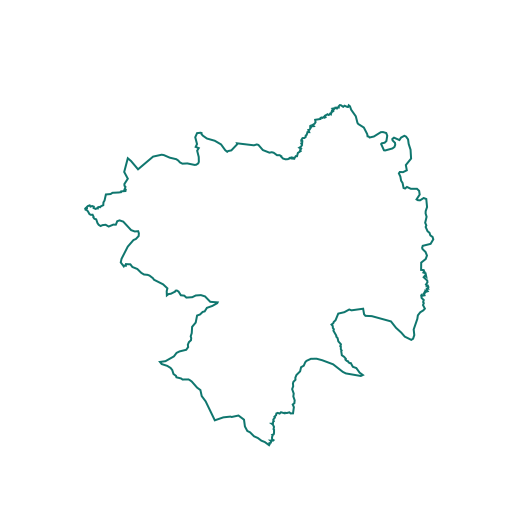 Shiwang'Andu, Muchinga, Zambia, rotated 110°
{"feature_id": "96606910B14962040673296", "entity_name": "Shiwang'Andu", "entity_type": "district", "adm_level": 2, "iso_a3": "ZMB", "parent_name": "Zambia", "parent_adm1": "Muchinga", "projection": "robinson", "projection_center": [31.599, -11.088], "detail": "fine", "context": "isolated", "style": "outline", "palette": "teal", "viewbox_px": 512, "rotation_deg": 110, "n_neighbors": 0, "source": "geoboundaries", "source_scale": "gbopen_adm2", "svg_char_len": 6067}
<svg xmlns="http://www.w3.org/2000/svg" viewBox="0 0 512 512"><g transform="rotate(110 256 256)"><path d="M429.3,179.0L428.1,178.8L427.3,179.4L426.3,178.2L424.8,178.4L424.5,179.2L423.7,176.9L423.1,176.6L422.9,178.1L420.7,179.0L418.8,179.0L418.5,179.5L417.5,178.4L416.3,178.5L413.1,179.6L412.7,180.3L410.5,180.6L408.6,182.5L408.2,183.9L407.7,182.8L405.3,183.3L405.1,182.9L403.7,183.8L401.4,183.0L400.8,183.7L398.7,182.7L397.0,183.0L396.0,181.9L396.0,179.9L394.3,179.1L394.0,175.2L393.4,175.1L393.0,173.3L391.5,171.2L392.1,169.6L391.2,167.4L385.1,168.7L383.0,170.7L381.2,169.6L378.4,170.3L375.2,172.9L372.4,173.5L368.7,176.5L365.7,176.5L363.1,177.7L361.4,177.8L358.8,176.6L356.9,177.4L354.0,177.3L349.3,175.1L345.1,175.6L342.7,173.6L339.0,173.4L337.3,172.7L333.8,169.2L331.8,163.9L331.3,158.2L331.4,146.5L335.2,134.8L335.6,131.4L332.9,116.5L331.3,114.9L330.2,118.7L327.0,123.4L327.0,127.1L324.2,130.3L324.6,131.3L324.3,132.7L323.5,133.3L323.5,134.9L322.8,136.5L321.9,136.4L320.6,138.7L319.9,141.4L316.2,143.4L315.5,143.2L314.6,144.4L311.9,145.4L311.8,146.0L309.9,146.0L308.1,149.4L305.2,151.3L304.4,152.9L303.3,153.4L299.7,157.7L298.2,157.8L297.3,159.2L295.6,159.9L294.6,161.6L292.8,160.4L291.4,160.4L289.2,159.3L282.0,159.0L278.6,153.8L274.4,150.1L274.4,147.7L268.9,137.3L273.8,134.5L274.8,132.7L272.9,126.6L271.3,106.8L275.6,99.9L278.3,93.3L280.9,88.6L281.7,81.4L280.0,80.1L276.2,80.2L271.1,82.7L259.9,82.9L256.4,83.6L252.7,82.4L249.9,80.2L247.7,79.3L245.0,82.3L242.9,82.2L242.1,83.2L240.0,83.3L238.8,86.0L236.5,87.3L235.7,86.9L236.5,86.2L235.3,84.2L233.8,85.4L232.4,85.2L232.7,84.6L232.0,84.3L230.8,84.8L231.0,83.4L230.4,82.6L229.4,84.1L228.3,84.4L227.9,83.0L227.2,83.6L226.3,83.3L225.1,84.4L225.8,85.5L224.7,85.9L224.6,86.5L222.0,85.9L220.5,86.7L218.6,91.2L216.6,90.5L217.1,89.0L214.2,90.8L214.3,92.5L213.7,92.3L213.7,92.9L213.1,92.6L211.9,93.6L212.6,96.1L205.7,98.5L200.8,95.5L197.1,95.5L194.2,98.1L192.6,101.8L191.5,102.7L189.4,102.8L184.9,96.1L179.7,95.1L177.7,96.6L177.0,99.2L174.8,101.0L174.1,103.2L170.7,106.5L169.0,106.4L166.9,108.4L160.8,109.1L158.0,111.2L155.8,111.9L151.5,112.0L144.2,115.5L144.2,118.3L147.6,120.9L148.2,123.1L147.9,124.5L142.3,123.2L139.0,125.0L137.8,127.7L139.9,133.4L139.5,137.8L141.6,139.0L141.6,140.6L137.3,143.2L135.6,145.4L132.0,147.5L129.5,150.0L127.9,149.6L126.9,146.5L123.9,143.6L119.3,146.3L111.4,143.6L103.3,147.1L98.4,150.9L94.4,153.0L92.5,155.8L92.3,157.7L95.1,160.2L98.0,160.9L97.6,166.8L99.3,167.9L100.0,167.7L100.7,167.1L102.1,164.1L103.9,163.2L106.2,163.2L108.3,164.6L112.7,170.8L112.9,171.9L108.0,176.7L107.1,176.4L105.6,173.9L103.4,172.8L98.1,173.8L95.9,175.7L96.1,179.0L96.9,181.0L103.4,186.1L105.8,189.8L105.2,191.1L105.4,192.1L103.4,193.2L98.4,198.6L97.0,205.0L96.2,206.2L90.6,210.0L86.0,216.6L83.2,218.9L82.7,220.4L84.4,220.4L84.7,221.1L84.5,224.2L86.0,225.1L85.3,227.7L85.5,228.8L87.1,229.5L88.2,229.0L89.0,231.0L89.7,229.6L89.8,232.0L91.3,234.4L91.9,233.1L92.8,233.9L93.5,233.0L94.1,233.4L93.8,234.3L96.6,234.1L96.2,234.6L96.8,235.1L97.9,235.1L98.7,236.2L98.3,237.2L100.6,239.2L101.8,238.1L102.7,239.1L102.4,240.1L103.6,240.9L103.5,241.9L104.3,242.6L105.2,242.3L107.8,247.0L109.9,245.8L111.7,246.2L113.3,247.5L114.2,246.1L115.4,248.6L114.8,249.1L115.2,249.5L116.5,249.1L116.8,248.4L119.0,248.9L119.7,249.9L121.4,248.4L122.0,250.0L124.8,249.8L125.8,250.5L127.0,250.0L128.6,250.9L129.3,252.6L131.6,253.1L132.1,252.9L131.7,252.3L132.0,251.8L134.4,251.2L134.8,251.9L135.9,250.7L137.9,251.1L139.4,252.3L139.8,250.3L141.5,250.8L142.1,249.9L144.8,251.9L148.2,251.6L148.6,252.8L150.8,253.3L151.0,254.8L151.7,254.0L152.2,255.9L151.6,256.6L152.4,257.3L151.6,258.3L152.8,257.7L154.1,259.2L155.0,261.2L155.2,263.9L154.0,266.4L153.6,266.4L153.2,268.2L154.1,270.7L152.9,274.7L153.1,276.7L154.3,278.7L154.1,285.8L150.8,291.7L150.9,293.4L152.7,295.8L156.6,312.4L157.2,311.8L165.2,315.3L166.9,318.1L167.9,318.7L167.1,321.1L163.1,327.0L161.8,334.2L162.4,342.3L161.1,347.1L160.1,348.9L159.1,349.2L159.1,350.2L160.7,353.4L165.2,353.7L171.0,349.7L174.1,350.0L174.2,346.7L177.2,347.3L182.5,343.7L187.1,341.9L188.8,342.0L190.7,343.4L191.4,344.8L192.5,352.2L194.4,356.7L194.1,359.4L192.9,361.7L192.3,364.0L193.1,370.7L192.7,377.1L193.1,379.3L197.8,386.7L214.9,396.5L209.5,405.9L208.0,409.9L222.1,408.6L227.2,402.9L233.4,404.3L235.0,403.6L235.7,402.3L238.6,402.3L238.3,401.1L239.6,400.9L241.4,404.8L242.2,404.7L243.3,406.8L245.7,412.5L247.5,413.8L249.5,418.1L255.7,417.3L257.8,417.7L260.5,416.9L262.3,418.7L263.5,419.2L263.5,420.2L264.4,421.2L265.4,420.9L265.8,422.2L266.6,422.7L266.5,425.0L265.1,425.3L265.1,427.1L266.2,428.4L265.3,429.6L266.6,431.1L267.8,431.7L268.7,431.3L269.0,432.3L269.9,432.7L270.8,432.0L270.7,430.7L271.6,429.1L273.6,426.8L273.8,425.2L273.1,423.7L274.6,422.1L275.3,422.1L276.3,420.5L276.2,418.7L279.3,416.2L280.5,414.5L281.0,412.3L279.5,410.8L278.1,408.0L278.7,404.5L275.3,400.8L274.5,398.4L270.8,398.3L269.2,396.4L269.1,392.5L274.4,382.2L274.4,378.3L273.0,375.2L274.8,373.8L277.4,373.1L281.1,374.7L282.9,376.6L291.0,379.7L304.6,381.4L308.3,380.9L311.0,376.7L310.0,376.5L309.7,375.0L308.1,375.4L306.8,371.2L308.6,368.4L308.8,363.1L311.1,358.0L311.7,354.9L310.8,351.5L310.8,349.4L312.1,345.3L313.2,343.7L314.4,333.6L316.7,328.2L319.6,327.9L323.5,326.3L321.7,325.2L320.6,323.1L317.1,319.8L316.1,319.7L315.5,318.6L315.9,316.6L318.6,313.2L317.8,309.9L318.9,307.2L316.5,301.8L313.7,299.1L311.6,294.4L311.4,290.1L314.7,283.3L312.7,276.2L313.6,276.3L317.9,280.0L321.5,284.4L325.6,285.3L326.8,287.0L330.1,288.6L332.1,291.0L339.2,289.9L344.4,291.8L350.5,290.0L353.8,289.9L355.3,288.8L357.4,288.3L359.9,289.6L362.7,289.7L364.8,288.6L368.0,289.5L371.8,295.2L374.2,297.5L378.4,298.8L385.8,305.1L388.4,310.0L389.8,307.7L389.6,301.8L390.4,298.0L391.8,295.7L395.1,293.2L396.0,290.2L397.2,289.3L396.7,284.5L397.2,282.8L395.1,277.3L395.2,276.1L395.9,273.5L399.8,266.4L401.0,262.4L406.2,259.1L409.8,253.6L424.5,238.5L418.8,231.5L415.7,225.2L415.6,223.8L411.9,217.9L413.9,211.3L420.0,208.1L423.4,204.3L423.7,201.3L426.1,196.2L426.4,192.0L427.7,187.8L427.8,184.1L429.3,179.0Z" fill="none" stroke="#0f766e" stroke-width="2"/></g></svg>